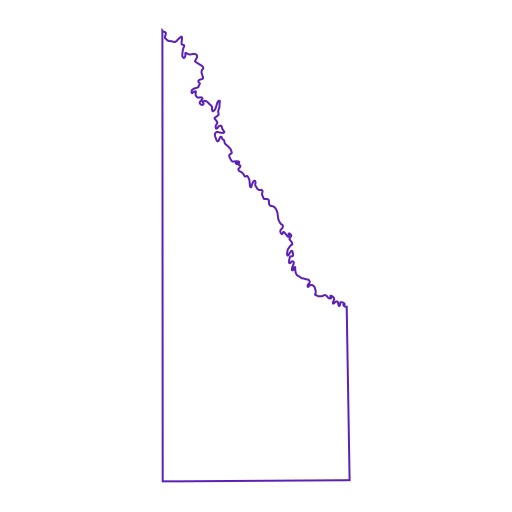 Ramón Lista, Formosa, Argentina
{"feature_id": "61730980B94587935103567", "entity_name": "Ramón Lista", "entity_type": "district", "adm_level": 2, "iso_a3": "ARG", "parent_name": "Argentina", "parent_adm1": "Formosa", "projection": "robinson", "projection_center": [-62.112, -22.978], "detail": "fine", "context": "isolated", "style": "outline", "palette": "violet", "viewbox_px": 512, "rotation_deg": 0, "n_neighbors": 0, "source": "geoboundaries", "source_scale": "gbopen_adm2", "svg_char_len": 5984}
<svg xmlns="http://www.w3.org/2000/svg" viewBox="0 0 512 512"><path d="M346.7,306.7L345.7,306.7L345.0,306.6L343.8,305.7L343.4,305.3L343.4,304.7L343.7,304.5L344.6,304.3L344.6,304.0L344.5,303.7L343.9,303.1L342.2,302.3L341.1,302.2L340.6,302.3L340.4,302.4L340.2,303.2L339.8,305.5L339.6,305.8L339.3,305.9L338.9,305.9L338.7,305.7L337.8,302.1L337.4,301.5L337.1,301.5L336.1,301.5L333.7,303.4L333.2,303.6L333.0,303.4L332.9,302.8L333.0,302.1L334.0,299.9L334.2,298.9L334.0,298.2L333.3,297.1L331.9,296.1L331.0,295.7L330.5,295.9L330.4,296.3L330.5,296.8L331.1,297.3L331.2,297.8L330.9,298.3L330.1,298.5L329.3,298.4L327.9,297.5L326.5,295.7L325.4,295.2L324.3,295.1L322.9,295.9L322.0,296.2L318.4,296.3L316.5,295.3L315.7,295.2L315.1,294.6L315.1,294.1L315.6,293.3L315.7,292.6L315.7,291.5L315.3,289.5L314.9,288.1L314.5,287.0L313.6,285.9L312.1,285.0L311.1,285.1L310.1,284.9L309.8,285.1L309.5,285.6L308.9,286.1L308.4,286.9L308.0,286.9L307.7,286.6L307.7,286.1L307.7,285.0L308.2,284.3L309.2,283.5L309.7,282.4L309.5,281.0L309.3,280.6L308.7,280.0L308.4,279.7L305.5,279.1L303.7,278.5L303.2,278.4L302.2,278.4L301.8,278.2L300.5,277.4L299.4,276.6L298.5,276.0L297.7,275.7L297.0,275.2L295.9,273.3L295.6,272.3L295.2,269.5L295.2,267.7L295.1,267.3L295.0,267.1L294.7,267.1L294.3,267.3L294.0,268.1L293.9,268.9L293.5,269.7L292.7,270.3L292.1,270.2L291.9,269.8L291.9,268.8L292.1,267.7L293.7,263.8L293.8,262.9L293.7,262.2L293.5,261.9L293.1,261.5L292.6,261.3L292.0,261.3L291.5,261.6L290.8,262.7L290.4,263.0L289.7,263.1L289.4,263.0L289.2,262.8L289.0,262.2L288.9,261.8L289.8,257.1L290.3,256.6L290.9,256.4L292.6,256.1L293.0,255.5L293.1,254.3L292.8,253.1L292.7,252.3L292.3,251.2L291.9,250.8L291.3,250.9L290.4,252.3L289.5,253.3L288.8,254.8L288.3,255.3L287.6,255.5L287.3,255.1L287.1,254.6L287.1,253.1L287.4,251.5L287.5,250.6L288.1,249.0L289.5,247.0L290.9,245.2L292.2,244.5L292.3,243.9L291.7,242.1L289.5,239.4L289.7,238.2L291.1,236.2L291.3,235.5L291.1,234.9L289.7,233.6L289.2,233.4L288.7,233.6L288.6,234.0L288.9,235.7L288.9,236.3L288.6,236.7L288.0,236.7L287.4,236.2L284.3,232.3L283.6,232.0L283.1,232.3L282.5,233.8L281.9,234.1L281.4,233.8L280.6,232.6L280.3,231.4L280.4,230.5L280.6,229.9L282.3,228.1L282.8,226.9L282.9,225.8L282.5,224.9L281.2,224.2L280.1,223.0L278.4,219.6L277.4,212.7L277.1,211.8L276.4,209.9L275.0,207.7L273.9,206.8L273.4,206.5L271.3,205.9L270.4,205.8L270.1,205.6L269.6,205.0L269.3,204.6L269.0,203.8L268.9,200.5L268.6,200.0L268.3,199.6L267.6,199.2L266.8,199.0L264.7,199.0L264.2,199.0L263.8,198.7L263.4,198.0L263.0,196.7L262.0,194.8L262.2,192.9L262.5,191.6L262.5,191.1L262.4,190.6L262.0,190.2L261.4,189.9L259.8,190.1L259.1,190.0L257.4,188.9L256.7,187.9L256.3,187.0L255.5,185.9L255.2,184.8L255.2,183.9L255.5,183.0L255.5,181.9L255.1,181.0L254.8,180.8L254.3,180.8L253.9,180.9L253.5,181.4L252.0,184.1L251.7,185.3L251.7,186.2L251.4,186.9L251.1,187.2L250.5,187.1L250.0,186.3L249.9,185.7L249.7,183.1L249.6,182.4L249.6,181.4L249.4,180.2L248.5,177.8L247.5,176.2L247.2,176.0L246.4,176.1L245.5,176.5L244.8,176.4L244.4,176.0L243.8,174.7L242.9,173.5L241.8,172.4L239.2,171.0L238.6,170.2L238.4,169.7L238.4,169.1L238.9,168.3L239.8,167.6L240.0,167.2L240.3,166.3L240.3,165.7L239.8,165.2L238.5,164.6L236.8,164.1L236.3,163.8L235.8,163.4L235.7,163.0L235.8,162.8L236.2,162.5L236.9,162.4L237.5,162.6L238.4,163.1L238.9,163.0L239.0,163.0L239.1,162.6L239.1,161.8L238.6,161.5L236.9,161.2L232.9,161.6L232.2,161.4L231.4,160.6L230.1,158.3L229.4,156.9L229.2,155.2L229.6,154.6L230.9,153.7L231.6,153.2L231.7,152.6L231.6,151.9L230.9,149.9L230.2,148.6L227.9,146.2L225.6,144.3L224.8,143.2L224.1,140.4L223.4,139.7L222.4,139.1L221.4,136.9L220.8,136.7L220.3,136.9L219.5,138.5L218.4,141.1L217.8,141.3L217.4,141.2L216.7,140.5L215.3,137.0L214.8,134.7L215.0,133.6L216.1,132.3L216.8,132.0L217.8,132.0L218.8,132.3L221.8,132.9L223.1,132.9L223.7,132.8L224.2,132.3L224.3,131.8L223.2,130.1L222.3,128.9L221.5,126.1L220.9,125.7L220.3,125.7L218.9,126.2L218.0,127.2L217.3,128.3L216.8,128.6L216.3,128.6L216.0,128.5L215.7,127.7L215.6,126.5L215.8,125.7L217.3,122.9L217.3,122.4L217.1,121.8L216.2,120.5L214.9,119.1L214.6,118.6L214.6,118.1L214.7,117.8L218.4,115.1L218.6,114.5L218.6,113.8L218.2,112.2L218.2,111.4L218.3,110.5L219.0,108.7L219.4,107.0L219.6,102.9L219.9,101.6L219.8,101.0L219.6,100.8L219.1,100.7L218.4,101.1L217.3,102.7L215.9,107.5L214.9,109.7L213.5,111.0L213.2,111.3L212.5,111.0L212.0,109.5L212.0,108.0L212.2,107.1L212.0,106.8L211.0,105.4L209.3,104.0L208.7,103.1L206.1,101.1L205.1,100.8L204.2,101.0L203.1,101.3L202.5,101.7L202.7,102.2L203.3,102.8L203.6,103.3L203.6,103.9L203.2,104.5L202.4,104.9L201.1,104.7L200.3,104.0L199.7,103.2L199.7,102.6L199.9,101.9L202.3,99.0L202.5,98.5L202.4,98.2L202.1,97.8L201.0,97.3L198.4,97.6L197.5,97.5L196.9,97.1L195.9,95.7L195.6,95.0L195.6,93.7L195.9,92.1L195.8,91.6L195.6,91.3L195.1,91.3L194.6,91.4L193.3,92.3L192.5,93.0L191.9,93.0L191.6,92.7L191.6,91.8L191.6,90.9L192.0,90.1L192.6,89.5L194.3,88.5L197.9,87.4L198.4,87.1L198.7,85.9L199.8,83.8L199.7,83.2L199.4,82.8L198.8,82.4L198.4,81.9L198.4,81.0L198.6,80.5L199.5,79.8L202.5,78.9L202.8,78.6L203.1,78.0L202.9,76.9L202.5,76.3L202.1,74.3L201.9,73.8L201.7,73.5L201.5,72.0L201.7,70.9L202.1,69.8L203.2,68.6L203.3,68.3L203.0,67.2L202.6,66.5L201.8,65.8L196.0,62.2L195.1,61.4L195.3,60.6L195.9,59.4L196.6,58.2L197.1,56.7L197.0,55.7L196.7,54.9L195.3,54.1L194.4,53.9L192.7,54.0L190.4,54.5L189.1,54.4L187.7,53.9L186.3,53.0L185.8,52.9L185.4,53.1L185.3,53.6L185.4,55.6L185.1,56.6L184.5,57.6L184.1,57.9L183.6,57.9L183.3,57.7L182.9,57.2L182.3,56.0L182.3,53.7L182.6,52.4L182.7,50.7L183.1,49.0L183.6,47.5L184.1,46.5L184.2,45.6L183.8,45.1L181.9,44.5L181.7,44.3L181.6,44.0L181.6,43.0L181.6,41.8L181.9,40.0L182.0,38.6L181.9,37.2L181.8,36.9L181.6,36.7L180.9,36.8L180.1,37.6L179.4,38.0L179.1,38.5L178.3,39.1L177.3,40.1L176.8,40.9L174.9,42.0L173.9,42.0L172.6,41.5L171.2,41.2L169.6,41.1L168.1,40.7L167.4,40.4L166.7,39.6L165.6,38.6L165.0,37.9L164.9,37.2L165.9,33.6L165.7,32.6L165.1,32.2L162.9,31.4L162.4,30.7L162.7,481.3L184.7,481.3L349.6,480.2L346.7,306.7Z" fill="none" stroke="#5b21b6" stroke-width="2"/></svg>